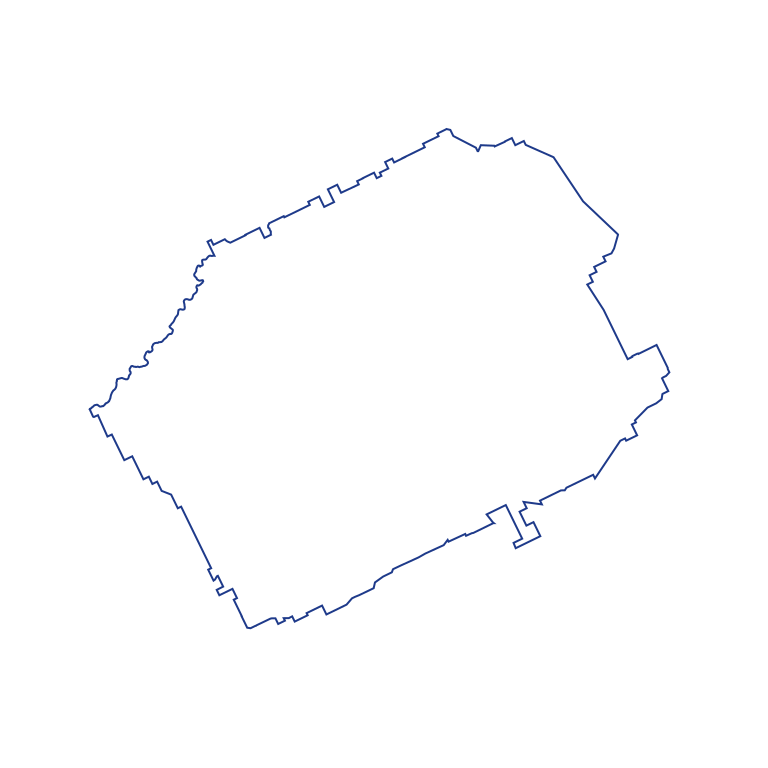 Cuballing, Western Australia, Australia, rotated 334°
{"feature_id": "25037944B92991223821328", "entity_name": "Cuballing", "entity_type": "district", "adm_level": 2, "iso_a3": "AUS", "parent_name": "Australia", "parent_adm1": "Western Australia", "projection": "mercator", "projection_center": [117.035, -32.74], "detail": "fine", "context": "isolated", "style": "outline", "palette": "blue", "viewbox_px": 768, "rotation_deg": 334, "n_neighbors": 0, "source": "geoboundaries", "source_scale": "gbopen_adm2", "svg_char_len": 6106}
<svg xmlns="http://www.w3.org/2000/svg" viewBox="0 0 768 768"><g transform="rotate(334 384 384)"><path d="M147.9,405.3L147.9,473.8L144.6,473.8L144.6,486.0L146.4,485.7L149.5,483.6L150.6,483.6L150.6,495.6L143.4,495.7L143.4,501.7L158.0,501.7L158.0,512.0L154.4,512.0L154.4,530.3L154.2,530.3L154.2,543.1L157.0,545.0L162.4,545.0L162.8,545.2L163.5,545.0L179.1,545.1L180.3,545.4L183.7,547.0L183.7,553.3L191.2,553.3L191.2,550.5L195.8,552.7L199.6,552.6L199.6,558.4L214.0,558.4L214.0,556.0L231.2,556.0L231.2,565.9L253.6,565.9L261.3,562.6L264.7,562.6L269.1,562.9L285.2,563.0L288.9,558.4L298.8,556.7L308.5,556.7L310.8,554.5L311.1,554.4L319.8,554.5L339.0,555.0L346.8,554.5L367.0,555.0L372.9,552.0L372.9,554.0L391.3,554.4L391.2,556.4L397.6,556.6L398.9,557.0L421.3,557.0L421.7,557.2L421.2,556.1L419.1,546.2L440.4,546.2L440.4,583.6L430.8,583.6L430.4,589.3L457.8,589.3L457.8,573.7L449.9,573.7L449.9,558.2L457.8,558.2L457.8,551.2L473.1,561.4L473.1,557.2L496.4,557.2L499.9,558.8L502.5,557.2L532.2,557.3L532.2,561.4L571.5,538.6L576.8,538.6L576.8,541.1L589.0,541.1L589.0,529.0L593.6,529.0L593.6,526.7L610.5,520.7L620.2,520.7L626.9,519.3L629.8,515.1L630.3,515.0L636.4,515.0L636.4,500.7L637.8,500.4L641.1,500.4L645.6,498.6L645.6,495.2L645.9,494.1L646.1,493.9L646.1,468.4L626.0,468.5L626.0,468.1L624.9,467.8L619.8,467.8L618.8,468.0L618.8,468.5L613.9,468.5L613.9,413.7L610.3,383.7L616.5,383.7L616.5,376.4L624.2,376.4L624.2,370.9L636.9,370.9L636.9,365.7L645.7,366.3L650.2,363.1L659.8,352.4L659.8,352.0L643.0,307.1L635.8,254.5L616.2,231.2L616.2,226.9L606.7,226.9L606.7,219.0L599.0,219.0L598.8,219.3L587.6,219.0L587.6,218.2L575.7,211.8L570.8,216.0L570.2,215.7L570.2,211.9L555.0,191.5L555.0,184.7L551.9,182.2L551.7,182.3L541.7,182.3L541.7,185.2L524.4,185.2L524.4,189.1L500.9,189.1L501.1,189.3L490.2,189.3L490.2,185.0L482.3,185.0L482.3,192.2L472.9,192.2L472.9,195.8L467.7,195.8L467.7,189.7L455.2,189.7L455.2,189.9L448.8,189.9L448.8,193.6L429.3,193.3L429.3,184.4L418.9,184.4L418.9,198.6L407.9,198.6L407.9,187.0L395.8,187.0L395.8,190.5L367.5,190.5L367.5,189.2L351.2,189.2L351.0,189.4L350.9,189.6L350.4,190.0L349.8,190.3L349.3,190.8L348.9,191.6L348.7,192.3L348.5,192.6L348.6,193.1L348.8,193.3L349.1,193.9L349.2,194.0L348.9,195.5L348.9,195.9L349.1,196.3L349.1,197.1L349.1,197.4L348.9,197.6L348.8,198.0L348.1,199.4L347.8,199.9L347.8,200.3L340.6,200.3L340.6,189.1L324.8,189.1L324.8,189.6L307.8,189.6L306.2,187.8L305.5,186.9L305.0,185.9L304.7,185.0L304.4,184.1L303.4,184.1L291.7,184.1L291.7,178.7L287.8,178.7L287.8,193.7L287.8,194.4L286.7,193.8L285.7,193.6L284.7,193.1L284.3,192.6L284.2,192.5L283.2,192.2L282.6,192.3L281.8,192.5L280.8,192.9L279.1,193.8L278.6,193.9L277.8,193.8L276.6,193.2L275.4,192.9L275.1,192.9L274.8,193.1L274.4,193.7L273.8,195.5L273.5,197.2L273.3,197.5L273.0,197.7L272.7,197.8L271.1,197.6L270.2,197.9L270.0,197.6L270.1,197.1L270.0,196.8L269.7,196.5L269.1,196.2L268.5,196.2L268.1,196.4L267.8,196.8L267.1,197.1L265.7,198.5L265.0,199.5L264.9,199.8L264.6,200.3L261.9,201.9L261.4,202.4L261.2,202.9L261.0,203.5L261.1,204.2L261.5,205.0L261.5,205.6L262.0,206.8L261.8,207.7L261.9,208.1L262.2,208.6L263.1,210.0L263.7,210.4L266.2,211.0L266.6,211.3L266.7,211.5L266.6,212.1L266.5,212.5L265.8,212.8L265.2,213.4L264.3,213.5L262.8,214.1L260.5,214.3L259.5,213.4L259.3,213.4L258.9,213.6L258.0,214.4L257.7,215.0L257.6,215.4L257.7,216.4L257.4,217.5L255.7,219.2L255.3,219.4L252.1,220.1L251.8,220.2L249.3,222.9L248.8,223.2L247.6,223.4L247.0,223.4L246.4,223.2L246.0,223.0L245.5,222.7L244.8,221.9L244.0,221.3L243.3,221.0L242.6,220.8L241.8,220.9L240.7,221.5L240.2,222.1L240.0,222.9L239.6,224.7L239.3,225.6L238.9,226.4L238.7,227.5L237.9,228.8L237.5,229.2L236.7,229.3L236.0,229.1L235.5,228.9L233.9,227.6L233.3,227.4L232.6,227.4L231.7,227.5L231.3,228.0L229.4,230.9L229.0,231.2L228.3,231.7L226.2,232.6L225.4,233.1L222.5,235.5L221.2,236.2L219.2,236.9L218.6,237.4L216.8,238.0L216.5,238.2L216.4,238.9L216.4,239.2L216.6,239.8L217.9,242.5L217.9,242.9L217.6,243.5L217.3,243.9L216.0,245.2L215.4,245.6L214.8,245.7L214.5,245.7L214.2,245.6L213.8,245.2L212.6,245.1L212.1,245.1L211.0,245.5L209.5,246.4L208.4,246.9L205.7,247.5L203.8,248.4L202.4,248.7L201.8,248.4L201.2,248.3L199.9,247.7L198.8,247.9L198.5,247.8L197.9,247.4L197.3,247.2L195.9,246.8L195.0,246.9L193.8,247.2L192.8,248.2L192.0,248.7L191.6,249.4L191.2,251.0L191.0,251.7L190.7,252.1L190.2,252.5L189.7,252.6L189.0,252.8L187.5,252.9L186.9,252.7L186.6,252.5L186.6,252.3L186.8,251.9L186.9,251.7L186.4,251.2L186.0,251.1L184.9,251.2L184.5,251.3L184.0,251.5L182.9,252.5L181.1,253.9L180.4,254.9L180.1,255.8L180.1,257.0L180.3,257.5L180.5,258.0L180.9,258.3L181.1,258.6L181.3,259.5L181.3,259.9L181.4,260.6L181.3,260.9L181.1,261.6L180.9,261.9L179.2,262.8L177.0,262.9L175.6,262.3L174.7,262.3L173.6,262.1L173.2,262.0L172.8,261.8L171.8,261.7L171.5,261.6L170.4,260.5L170.1,260.4L169.1,260.2L168.7,260.0L168.4,259.9L167.8,259.3L166.9,258.9L166.1,257.9L165.7,257.5L165.2,257.3L164.4,257.3L163.2,258.2L162.6,258.5L162.0,258.9L161.8,259.3L161.3,260.6L161.3,261.2L161.5,261.9L161.4,262.3L161.2,262.9L160.9,263.4L160.1,264.0L159.2,264.3L159.0,264.5L158.6,264.6L158.3,265.1L158.0,265.3L157.6,265.8L157.0,266.5L156.4,266.9L155.6,267.2L155.3,267.2L155.0,267.0L154.1,266.7L152.1,264.8L151.6,264.1L150.9,263.6L149.5,263.3L147.8,263.0L147.5,263.0L147.2,262.8L146.5,262.7L146.0,262.9L145.7,263.5L145.2,264.0L145.2,264.3L144.1,265.4L143.8,266.0L143.7,266.5L143.4,267.2L142.7,268.3L141.7,269.5L140.4,270.5L139.0,271.0L137.8,271.2L137.4,271.5L136.3,272.1L135.7,272.5L133.7,274.3L132.3,276.1L131.9,276.7L129.3,279.0L128.9,278.9L128.0,279.4L126.5,279.5L125.9,279.4L125.1,279.5L124.9,279.6L124.9,279.8L123.9,280.2L122.3,280.7L122.0,280.8L121.5,280.7L121.2,280.4L119.6,280.2L119.1,279.9L118.7,279.7L117.8,278.1L117.7,277.7L117.0,276.8L115.4,276.4L114.4,276.2L113.1,276.6L112.8,276.7L112.3,276.9L111.0,277.0L110.8,277.2L110.2,277.5L109.9,277.4L109.4,277.4L109.1,277.5L108.7,277.4L108.3,277.7L108.4,278.1L108.2,285.8L108.8,286.5L113.2,286.6L112.4,310.0L117.2,310.1L117.2,338.6L126.0,338.6L126.0,364.2L132.0,364.2L132.0,372.3L137.3,372.3L137.3,382.6L144.2,390.1L144.2,405.3L147.9,405.3Z" fill="none" stroke="#1e3a8a" stroke-width="2"/></g></svg>